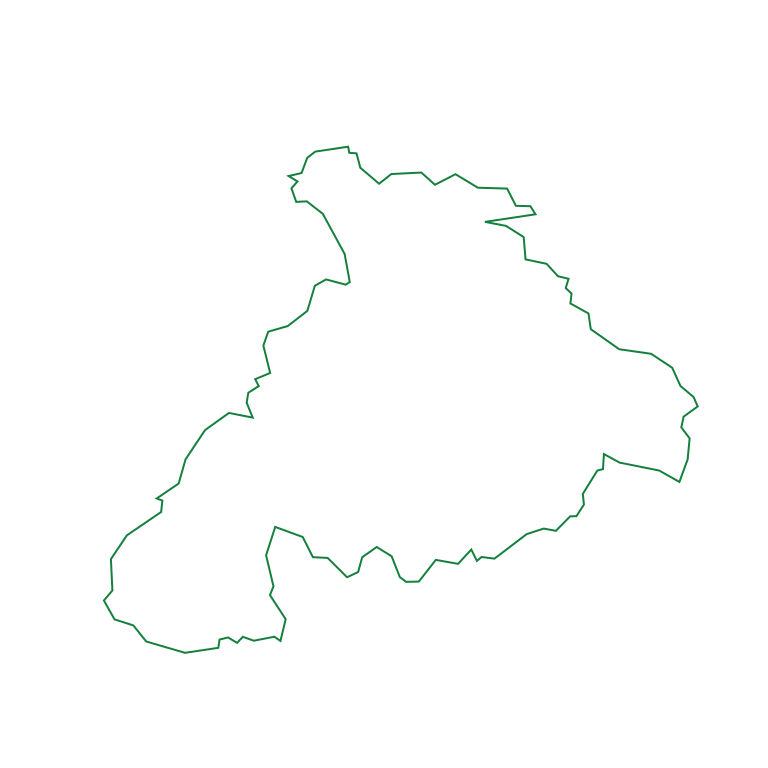 Probishtip, Probištip, North Macedonia, rotated 172°
{"feature_id": "65306769B77105819408507", "entity_name": "Probishtip", "entity_type": "district", "adm_level": 2, "iso_a3": "MKD", "parent_name": "North Macedonia", "parent_adm1": "Probištip", "projection": "robinson", "projection_center": [22.188, 41.964], "detail": "fine", "context": "isolated", "style": "outline", "palette": "green", "viewbox_px": 768, "rotation_deg": 172, "n_neighbors": 0, "source": "geoboundaries", "source_scale": "gbopen_adm2", "svg_char_len": 1586}
<svg xmlns="http://www.w3.org/2000/svg" viewBox="0 0 768 768"><g transform="rotate(172 384 384)"><path d="M234.9,560.4L263.7,565.3L284.0,581.8L305.8,574.2L317.6,588.2L347.5,590.9L361.0,583.0L377.4,601.5L379.1,616.2L386.2,617.8L386.5,624.0L419.7,623.7L428.5,618.7L436.3,604.4L449.5,603.2L441.5,596.6L448.4,590.7L445.6,576.6L435.0,575.6L420.9,561.0L404.9,518.3L403.7,489.7L408.1,487.7L426.8,495.6L438.8,490.9L449.7,467.1L471.2,454.8L491.4,451.9L498.1,438.8L495.2,410.8L510.9,406.7L508.3,399.4L519.6,394.2L522.6,384.6L518.7,369.0L541.6,376.9L567.6,363.3L591.0,337.0L601.2,314.0L625.0,302.3L619.7,299.4L622.5,288.3L659.7,269.9L678.8,248.6L681.7,217.3L691.5,208.6L683.6,188.4L665.8,179.8L655.3,162.1L618.5,145.5L584.8,145.8L582.4,153.8L573.7,154.7L565.5,148.1L559.0,153.3L548.6,147.9L527.8,149.0L522.3,144.0L514.1,164.8L526.3,190.8L521.6,199.0L524.6,230.8L511.6,257.6L485.8,243.8L478.5,222.4L464.0,219.6L447.5,197.8L435.8,201.4L429.7,215.5L413.9,223.6L400.4,212.3L395.2,190.6L389.6,185.0L377.0,183.5L357.2,202.6L335.7,195.6L320.6,207.9L316.6,195.9L311.5,199.1L298.9,195.7L263.6,215.5L246.0,218.6L234.2,214.7L218.0,227.1L211.9,226.3L202.8,236.8L202.4,247.5L184.8,268.6L179.0,269.2L176.0,284.0L161.5,273.3L123.5,260.0L105.1,245.9L93.8,267.1L88.9,287.6L95.6,299.7L91.8,310.0L76.5,318.1L79.2,327.9L90.7,340.8L96.3,359.9L115.2,376.7L146.3,385.7L171.6,409.5L171.7,425.4L188.2,437.8L185.7,447.4L190.7,453.7L186.6,462.5L196.7,466.5L206.3,480.4L226.5,487.7L225.2,510.0L241.2,523.6L261.5,530.5L210.4,531.0L214.3,539.7L228.6,542.1L234.9,560.4Z" fill="none" stroke="#15803d" stroke-width="2"/></g></svg>